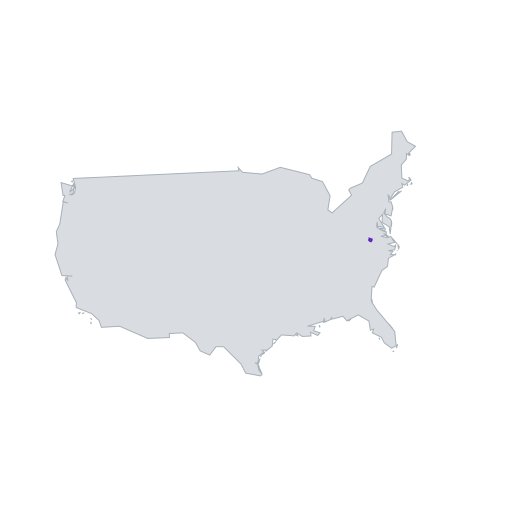 Appomattox, Virginia, United States of America shown in context, rotated 339°
{"feature_id": "52423323B11653599208682", "entity_name": "Appomattox", "entity_type": "district", "adm_level": 2, "iso_a3": "USA", "parent_name": "United States of America", "parent_adm1": "Virginia", "projection": "albers", "projection_center": [-78.811, 37.377], "detail": "fine", "context": "in_parent", "style": "filled", "palette": "violet", "viewbox_px": 512, "rotation_deg": 339, "n_neighbors": 0, "source": "geoboundaries", "source_scale": "gbopen_adm2", "svg_char_len": 4150}
<svg xmlns="http://www.w3.org/2000/svg" viewBox="0 0 512 512"><g transform="rotate(339 256 256)"><path d="M394.8,213.3L419.1,209.4L427.4,189.2L436.6,191.6L438.1,203.4L444.2,210.7L435.2,214.7L434.9,216.9L433.1,214.3L431.2,219.3L424.2,223.2L420.1,235.6L424.7,240.3L427.4,239.4L426.5,237.3L427.5,238.2L427.9,240.7L419.9,243.1L418.2,240.5L417.6,244.3L408.2,245.8L401.3,251.0L402.0,248.2L401.2,246.5L399.5,253.0L401.6,254.1L401.1,259.6L396.5,266.9L391.3,262.7L394.2,258.2L390.8,261.4L392.3,266.2L394.5,269.0L395.0,272.1L389.1,283.7L390.8,276.5L385.8,269.8L388.9,262.6L384.1,264.9L386.0,275.4L381.2,272.3L379.6,272.7L381.1,269.3L381.0,268.3L379.4,271.0L379.3,273.2L386.5,277.1L385.0,279.1L381.7,275.4L380.5,274.8L384.6,279.2L386.3,280.0L385.3,282.7L383.1,280.7L386.6,284.7L385.8,285.2L384.1,283.2L379.7,282.3L385.2,286.1L388.7,285.9L392.3,295.6L389.1,288.1L390.2,293.0L383.6,292.1L388.4,296.8L390.7,295.4L387.8,299.9L381.5,298.5L385.4,300.7L382.0,302.9L386.0,304.5L378.8,305.6L375.1,312.8L368.3,314.7L355.1,327.4L353.4,326.0L348.1,337.6L347.6,340.5L349.4,349.5L358.5,376.1L354.7,390.0L349.5,390.7L344.7,383.1L344.0,376.9L337.1,369.4L339.7,366.3L336.2,366.3L338.1,357.2L330.3,347.6L317.5,349.0L315.7,343.5L303.3,342.0L305.1,340.1L302.7,342.0L297.0,342.4L297.3,338.3L296.1,341.1L279.0,340.0L286.0,342.9L283.1,346.4L288.2,350.7L285.1,352.3L279.6,346.7L278.7,350.4L270.4,347.7L266.4,342.3L263.2,344.3L251.5,338.8L243.5,342.8L245.6,341.7L242.0,339.7L238.9,345.8L230.7,348.6L232.6,347.7L227.8,346.1L229.1,348.6L222.9,350.2L219.2,356.8L216.8,355.2L218.7,357.5L217.8,364.1L219.4,368.5L217.4,369.6L204.4,361.7L203.3,351.5L193.3,329.2L186.2,326.3L177.3,331.9L169.9,324.6L168.5,314.9L160.1,301.5L147.3,297.3L146.0,301.1L125.4,294.2L103.5,272.7L86.1,267.2L86.4,260.0L81.9,250.9L69.7,239.7L71.6,235.3L69.2,210.0L70.6,208.1L71.7,211.9L72.2,206.8L77.4,208.9L67.8,204.8L68.9,182.6L75.4,173.8L78.3,161.7L84.2,155.9L95.4,136.5L99.4,139.2L95.2,135.8L99.2,131.1L97.6,130.3L100.3,117.6L109.8,124.9L104.8,129.8L110.3,127.3L107.5,132.1L104.4,132.0L106.1,133.1L109.1,132.1L112.2,127.3L113.1,118.1L270.5,170.3L271.1,167.0L273.4,173.0L291.1,181.7L310.4,181.9L335.2,199.3L336.0,203.4L344.7,210.4L346.8,226.3L339.6,238.7L342.5,243.0L367.0,233.5L366.2,227.6L368.3,226.5L381.5,226.0L394.8,213.3ZM411.2,248.3L415.3,247.3L401.1,252.0L412.7,246.7L411.2,248.3ZM111.6,123.3L111.4,127.2L111.1,127.6L110.3,124.3L111.6,123.3ZM219.4,367.4L218.6,361.3L219.4,358.1L219.0,361.5L219.4,367.4ZM436.2,215.0L436.3,216.8L435.6,216.5L436.2,215.0ZM266.3,344.0L266.5,345.4L265.2,344.2L266.3,344.0ZM72.9,247.3L74.9,247.4L74.9,247.6L72.9,247.3ZM71.4,246.0L70.3,246.6L70.1,245.5L71.4,246.0ZM423.6,243.1L422.6,244.4L422.3,244.1L423.6,243.1ZM221.1,355.3L219.5,357.7L223.1,353.1L221.1,355.3ZM355.8,367.4L357.6,372.6L355.5,366.9L355.8,367.4ZM79.6,255.2L79.8,256.8L79.5,255.2L79.6,255.2ZM355.5,390.8L353.9,392.4L356.6,389.0L355.5,390.8ZM393.0,298.8L391.4,300.9L392.6,296.0L393.0,298.8ZM111.4,120.1L110.9,121.0L110.6,120.2L111.4,120.1ZM229.0,349.6L226.1,350.3L229.2,349.3L229.0,349.6ZM427.5,243.3L427.6,244.6L426.3,244.4L427.5,243.3ZM78.0,258.8L77.9,260.6L77.7,258.9L78.0,258.8ZM225.2,351.2L224.0,351.6L225.2,350.7L225.2,351.2ZM394.4,274.3L392.8,277.1L394.6,273.2L394.4,274.3ZM242.5,343.8L240.6,344.5L243.4,343.2L242.5,343.8ZM348.4,339.0L348.0,341.2L347.9,339.6L348.4,339.0ZM386.6,304.8L386.0,305.3L387.7,303.6L386.6,304.8ZM322.1,348.8L319.9,349.8L319.1,349.5L322.1,348.8ZM296.2,341.9L295.8,342.3L294.6,342.1L296.2,341.9ZM341.6,377.0L341.9,378.5L341.3,376.7L341.6,377.0ZM290.4,344.4L290.0,345.7L290.1,343.2L290.4,344.4ZM350.4,394.3L349.2,394.4L350.9,394.0L350.4,394.3ZM400.8,260.6L400.1,262.0L401.0,260.0L400.8,260.6ZM390.1,301.4L389.4,301.9L390.1,301.4Z" fill="#d9dde1" stroke="#a8b0b8" stroke-width="1"/><path d="M368.4,280.4L368.4,280.6L368.1,280.5L367.9,280.6L367.9,280.8L367.7,280.9L367.6,281.1L367.4,281.2L367.1,281.4L367.0,281.5L367.5,282.5L367.6,282.8L367.8,283.2L368.0,283.2L368.2,283.5L368.4,283.5L368.6,283.6L368.8,283.3L369.1,283.4L369.5,283.2L369.8,282.5L370.1,282.3L370.1,281.8L369.9,281.9L369.8,281.7L369.4,281.5L369.3,281.3L368.4,280.4Z" fill="#8b5cf6" stroke="#5b21b6" stroke-width="1.5"/></g></svg>